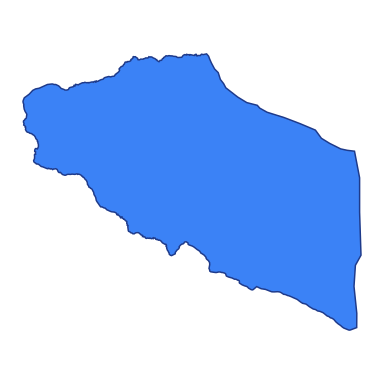 West Ambrym, Malampa, Vanuatu (Albers equal-area conic projection)
{"feature_id": "77236927B87876939805141", "entity_name": "West Ambrym", "entity_type": "district", "adm_level": 2, "iso_a3": "VUT", "parent_name": "Vanuatu", "parent_adm1": "Malampa", "projection": "albers", "projection_center": [167.993, -16.285], "detail": "fine", "context": "isolated", "style": "filled", "palette": "blue", "viewbox_px": 384, "rotation_deg": 0, "n_neighbors": 0, "source": "geoboundaries", "source_scale": "gbopen_adm2", "svg_char_len": 5768}
<svg xmlns="http://www.w3.org/2000/svg" viewBox="0 0 384 384"><path d="M206.6,53.9L203.2,54.6L201.7,54.2L201.1,54.5L200.4,55.5L197.7,55.5L197.3,55.9L196.5,55.7L196.3,54.4L195.9,54.3L195.3,54.5L194.7,54.9L194.6,55.4L194.3,55.5L190.6,54.7L190.0,54.6L189.7,55.2L188.9,54.7L187.5,54.7L186.8,54.3L186.3,55.0L184.9,54.6L183.6,55.1L182.9,55.7L181.9,57.1L181.5,57.3L178.4,57.5L177.4,57.4L176.0,56.5L173.5,56.3L172.2,55.9L170.8,55.9L168.9,55.6L167.7,56.0L166.3,55.8L165.6,56.0L165.2,56.6L163.7,57.5L163.4,58.3L162.8,58.5L162.3,58.9L161.9,59.8L161.4,60.3L160.1,60.4L159.0,61.7L157.0,60.5L156.7,59.6L156.1,59.7L155.0,58.6L153.3,58.0L152.4,57.3L150.9,56.8L150.0,57.1L148.9,56.7L148.2,57.7L147.7,58.0L145.7,57.9L144.7,58.5L143.5,58.8L143.1,59.2L140.7,59.1L139.5,59.8L138.7,59.8L137.9,59.6L137.9,59.1L137.5,58.2L136.3,57.5L135.4,56.7L134.2,56.8L133.6,56.6L133.2,56.7L133.0,57.3L133.1,57.8L132.4,58.4L132.2,58.8L131.2,59.3L130.8,59.9L130.9,60.5L130.6,60.8L129.3,61.5L127.3,61.6L127.2,62.0L126.8,62.2L125.8,62.0L125.1,62.2L124.2,64.2L123.7,64.5L122.7,66.1L121.2,66.6L119.2,68.7L119.1,69.1L119.6,70.2L119.0,71.5L117.6,72.8L116.4,73.6L116.2,74.0L115.4,74.3L114.5,75.9L114.0,76.2L112.1,76.4L110.8,76.9L108.7,76.5L105.0,77.5L104.1,78.0L102.9,79.3L101.2,79.6L98.9,80.7L98.1,81.3L97.5,81.4L96.2,80.9L95.9,81.1L96.0,82.0L95.5,82.1L94.8,81.4L94.4,81.4L93.6,81.9L93.3,82.3L92.2,81.9L89.3,82.6L88.9,82.9L88.1,82.5L87.0,82.8L84.8,82.3L84.0,82.7L82.3,82.8L79.2,84.2L78.5,84.8L76.3,84.5L76.0,84.7L75.5,84.4L75.3,84.7L75.4,85.1L75.1,85.3L74.8,86.1L74.5,86.0L74.0,85.5L73.3,86.7L70.0,87.5L69.2,88.0L68.4,89.5L67.4,89.9L66.3,90.1L64.9,90.0L63.9,89.4L61.6,88.6L60.9,88.2L59.5,86.6L58.5,85.8L56.0,84.6L55.6,84.5L53.8,84.5L52.8,84.0L51.7,84.0L47.4,84.5L39.2,88.2L35.6,88.9L32.7,90.4L29.2,94.2L24.3,97.8L23.4,100.0L23.0,101.2L23.1,102.4L23.8,104.6L23.7,105.8L24.2,109.1L25.1,111.4L26.5,113.6L26.8,114.4L26.3,118.0L25.8,118.6L25.2,118.9L24.5,120.1L23.6,120.8L23.4,122.0L24.0,123.5L23.7,125.0L25.2,126.3L25.5,126.7L25.2,127.3L25.7,127.9L25.5,129.7L26.6,131.6L27.3,132.1L29.0,132.6L29.9,133.3L31.6,133.6L32.1,134.0L32.4,134.5L32.9,134.6L34.2,135.5L35.2,136.9L35.9,138.7L37.3,140.2L37.4,141.5L37.8,141.7L38.0,143.3L38.4,144.5L38.4,146.8L37.4,148.9L36.0,148.5L35.5,148.6L35.0,149.3L34.7,150.4L34.7,151.4L35.6,151.8L35.4,153.0L35.6,154.2L34.6,154.4L34.4,155.1L34.6,155.8L34.5,158.6L33.6,160.6L33.8,161.5L34.1,162.1L34.8,162.7L35.5,163.0L36.3,163.9L36.7,163.8L36.9,164.0L37.9,164.1L38.7,164.4L41.2,166.5L42.6,166.8L47.3,168.7L48.0,168.7L48.1,168.4L48.5,168.3L50.1,168.9L50.5,169.0L51.1,168.7L51.7,168.9L52.6,169.6L52.9,169.5L53.5,169.0L54.5,169.0L55.7,168.7L57.2,169.5L57.9,171.1L58.4,172.0L59.2,172.6L60.5,172.4L61.3,173.4L62.5,174.5L64.6,175.2L65.8,175.2L66.7,174.6L68.0,174.3L70.8,174.4L72.0,174.1L74.9,174.4L77.0,173.8L77.7,174.4L78.3,174.1L79.7,174.4L81.0,175.1L81.8,176.1L82.6,176.3L82.9,177.1L83.9,177.5L85.2,179.4L86.2,180.2L87.1,181.9L87.5,183.9L87.5,184.5L88.4,185.6L89.0,187.2L90.2,187.7L90.6,188.4L91.5,188.7L92.3,189.6L92.6,190.5L93.6,192.2L94.1,194.8L94.6,195.4L95.7,197.5L96.3,200.5L97.0,201.7L100.2,206.3L100.8,206.9L102.1,206.9L103.9,207.9L105.3,208.2L106.7,209.7L110.7,211.5L111.7,211.8L114.3,212.1L115.7,212.7L116.4,213.3L116.7,214.3L117.3,214.3L117.0,214.7L117.3,215.0L118.3,215.0L119.8,216.3L120.3,217.2L120.8,217.0L121.0,217.7L121.7,217.0L122.1,217.0L122.2,218.0L122.7,218.4L123.4,218.7L123.6,219.2L124.4,219.3L125.5,220.7L126.7,221.4L126.8,221.7L126.8,223.6L127.2,224.1L127.2,225.3L128.0,225.5L127.8,226.8L128.3,230.7L128.6,231.3L130.1,232.0L130.7,232.7L131.9,233.0L132.9,233.8L133.6,233.8L134.3,233.8L135.5,232.9L137.0,232.6L138.7,232.7L139.7,233.7L140.6,234.2L141.0,234.9L142.5,235.4L142.5,236.5L143.2,236.4L143.3,236.7L143.6,236.9L144.7,236.9L145.1,237.2L145.5,238.0L146.3,238.4L147.6,238.1L149.3,238.4L149.7,238.1L150.1,238.1L150.8,238.5L151.7,238.7L153.0,238.0L153.0,238.6L153.4,238.7L154.3,238.0L155.3,238.2L155.8,239.3L156.6,239.4L156.8,239.6L157.5,239.4L158.0,240.0L158.5,240.2L159.6,240.1L161.1,241.1L162.4,242.8L165.0,244.3L165.8,244.2L166.5,245.2L166.4,245.9L166.0,246.1L166.7,247.3L166.7,248.3L167.5,250.4L168.2,251.2L168.5,252.1L169.0,252.8L169.3,254.3L170.5,255.3L171.6,255.6L175.2,253.8L175.3,252.4L177.0,250.1L178.7,248.8L179.3,247.5L179.2,246.7L180.4,245.2L181.7,244.2L183.0,243.9L183.8,243.4L184.3,242.4L185.0,241.9L186.3,241.8L188.0,243.0L188.2,244.4L189.0,244.9L192.4,246.1L194.2,247.2L197.1,249.5L199.6,251.1L201.1,253.3L201.7,253.5L204.0,255.0L205.7,256.9L206.0,257.4L206.2,258.5L206.9,259.4L208.4,260.6L209.6,262.6L209.7,264.7L209.0,268.5L209.5,269.5L209.8,271.1L210.7,271.8L215.3,272.5L216.6,272.5L218.6,272.0L220.1,272.0L221.7,272.5L222.5,272.5L224.6,273.1L225.6,273.8L226.3,275.9L226.9,276.3L228.8,277.1L232.1,278.0L234.5,279.2L235.9,279.2L238.0,280.3L238.6,280.3L239.2,280.7L239.4,281.6L239.3,282.7L239.5,283.1L242.4,285.0L243.2,285.2L244.1,285.7L246.8,286.5L247.7,287.2L248.6,288.2L251.2,289.7L252.4,289.9L253.2,289.6L256.7,286.6L261.1,288.7L265.5,289.4L271.7,291.8L274.1,291.9L277.5,291.7L279.5,291.9L281.1,292.6L283.6,294.3L284.8,294.4L286.1,294.8L287.5,295.5L289.0,295.8L297.0,299.3L301.0,302.3L302.6,303.3L305.7,304.0L306.6,304.5L309.4,306.7L313.2,309.0L315.6,309.6L317.5,310.9L320.0,311.4L323.1,312.7L327.2,316.0L328.8,316.5L330.4,317.8L331.9,318.2L333.8,319.4L335.9,321.9L338.1,323.8L340.6,325.5L342.4,327.1L343.9,328.1L348.7,330.0L349.4,330.1L350.3,330.0L356.7,327.6L356.8,313.4L354.0,286.4L355.4,265.3L361.0,255.2L359.6,212.2L359.6,177.8L354.5,151.2L347.2,150.3L340.7,148.9L329.7,143.4L321.4,138.3L315.4,130.1L300.2,123.7L284.5,117.7L267.0,112.2L259.7,108.1L257.3,105.3L246.8,102.6L237.6,97.0L225.8,87.8L223.6,83.6L220.4,79.5L218.2,72.6L214.6,69.0L211.4,63.0L209.6,58.9L208.6,56.2L206.6,53.9Z" fill="#3b82f6" stroke="#1e3a8a" stroke-width="1.5"/></svg>